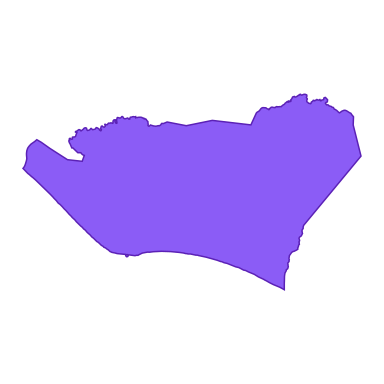 outline of Rangárþing eystra, Suðurland, Iceland
{"feature_id": "244011B21062297179388", "entity_name": "Rangárþing eystra", "entity_type": "district", "adm_level": 2, "iso_a3": "ISL", "parent_name": "Iceland", "parent_adm1": "Suðurland", "projection": "orthographic", "projection_center": [-19.715, 63.654], "detail": "fine", "context": "isolated", "style": "filled", "palette": "violet", "viewbox_px": 384, "rotation_deg": 0, "n_neighbors": 0, "source": "geoboundaries", "source_scale": "gbopen_adm2", "svg_char_len": 5966}
<svg xmlns="http://www.w3.org/2000/svg" viewBox="0 0 384 384"><path d="M303.7,225.3L361.0,156.1L353.2,125.0L353.5,116.8L353.3,116.5L351.7,114.6L350.9,113.3L349.4,112.6L346.6,110.8L345.2,110.3L344.0,110.3L341.8,111.2L339.8,112.7L339.3,112.8L338.0,111.7L336.8,110.5L335.3,109.5L334.4,109.2L334.1,108.8L333.5,107.7L333.2,107.4L332.2,107.3L331.5,106.6L331.1,106.4L329.1,105.9L328.5,105.2L327.9,104.8L326.5,104.8L325.5,103.4L325.4,103.1L326.0,102.4L327.2,102.0L327.4,101.5L327.5,100.9L327.4,100.5L327.6,100.0L327.6,99.8L326.0,98.0L325.6,97.8L325.2,97.4L324.4,97.7L323.8,98.1L323.8,99.1L323.4,99.7L321.6,100.1L321.0,100.8L320.4,100.7L320.1,99.8L319.9,99.5L319.1,100.0L318.1,100.1L316.9,99.5L316.4,100.0L315.1,100.3L314.8,100.8L314.2,100.7L313.3,100.3L312.4,101.5L311.4,102.0L310.9,103.5L310.6,103.7L308.5,103.2L308.0,102.6L306.8,101.7L306.8,100.4L306.7,100.0L307.1,99.6L307.3,99.0L307.2,98.6L306.6,98.0L306.4,97.6L306.4,97.4L306.8,96.5L306.9,95.9L306.8,95.1L306.6,94.8L306.0,94.8L305.8,94.5L305.2,94.3L303.9,94.3L301.8,95.1L301.1,95.0L300.6,94.3L300.1,94.4L299.3,94.6L299.2,95.1L298.0,95.6L297.1,96.4L296.3,96.6L295.8,97.0L294.9,97.0L294.3,96.4L292.6,97.0L292.4,97.3L291.9,98.6L290.6,100.1L290.6,100.6L291.0,100.8L290.9,101.2L290.7,101.4L289.9,101.6L289.1,101.0L288.8,100.9L288.6,101.1L288.8,102.0L288.7,102.1L288.2,102.2L287.7,102.1L287.4,101.5L287.1,101.6L285.9,102.7L285.2,103.1L284.8,103.8L283.9,104.6L283.3,104.8L281.9,105.9L281.4,106.6L281.0,106.5L280.4,106.7L279.7,106.6L278.8,106.8L277.8,106.7L277.4,106.9L276.6,106.6L276.0,106.8L275.7,107.2L274.9,107.7L274.2,107.4L273.7,107.5L272.0,107.1L271.0,107.4L270.4,108.1L269.7,108.4L269.6,108.5L269.7,108.8L269.4,109.3L268.9,109.7L268.6,109.5L268.6,109.1L267.3,108.9L266.2,108.0L265.7,107.8L262.9,107.6L261.9,107.9L260.9,108.7L259.5,110.6L258.8,111.2L257.0,112.3L256.3,113.1L250.9,124.9L212.3,120.4L186.3,125.7L167.1,122.0L163.5,123.5L161.8,123.4L161.6,123.8L161.2,124.0L160.7,124.9L159.5,125.7L158.1,125.7L155.7,126.3L155.2,126.1L153.8,126.0L150.4,125.0L149.5,126.0L149.0,126.2L148.2,125.8L148.0,125.5L148.2,124.2L148.0,123.3L147.9,121.6L146.7,120.3L146.2,119.3L145.5,119.2L145.1,118.7L144.0,118.3L143.7,118.3L143.7,118.5L143.0,117.9L142.3,117.9L141.8,117.4L140.4,117.2L138.1,117.3L137.2,117.6L136.6,117.5L135.7,117.8L135.6,116.6L134.4,116.9L133.4,116.6L132.2,116.8L131.6,117.1L130.4,117.2L129.8,118.3L129.8,119.0L129.1,119.2L128.5,118.9L127.9,118.1L127.6,118.0L125.6,118.7L124.5,118.7L123.9,118.4L123.5,118.0L123.0,117.0L122.2,116.5L121.8,116.6L120.7,117.9L119.6,118.0L117.8,117.5L117.3,117.6L117.1,117.9L117.0,118.8L116.5,119.5L116.5,119.8L116.8,121.7L116.8,122.5L117.0,122.9L116.7,123.3L116.0,123.2L115.1,121.8L115.0,121.3L115.6,120.6L115.6,120.4L115.5,120.2L115.3,119.8L114.4,119.8L113.8,120.0L113.1,120.9L113.0,121.3L113.0,122.9L112.8,123.3L112.5,123.3L110.9,122.8L110.1,123.2L108.7,123.1L108.3,123.3L107.4,124.5L107.1,124.7L106.1,124.7L105.4,124.3L104.9,124.3L104.8,124.5L104.8,124.9L105.2,125.3L105.3,125.8L105.2,126.3L104.4,127.1L103.3,127.0L102.2,126.0L101.4,126.2L101.2,126.5L100.7,128.4L100.9,129.2L101.4,129.5L101.4,129.8L101.2,130.4L100.8,130.8L99.8,130.3L99.5,130.0L99.2,129.1L98.9,128.9L97.6,128.0L96.5,127.6L96.2,127.6L95.4,128.8L94.9,129.2L92.7,129.7L91.1,128.4L90.7,128.6L89.9,129.7L88.9,130.2L87.6,130.5L87.0,130.0L86.7,128.8L86.5,128.2L85.8,127.8L85.1,127.8L84.3,128.1L83.9,128.4L83.2,129.3L81.0,130.9L80.5,130.6L80.0,129.8L79.0,129.6L78.1,130.1L77.2,130.9L75.6,131.5L75.4,132.0L75.6,132.2L76.4,132.2L76.9,132.5L76.8,132.8L76.2,134.3L75.6,136.3L75.0,136.8L74.7,136.9L72.5,137.1L72.3,137.3L72.3,137.6L72.5,138.8L72.1,139.2L71.2,139.2L70.2,138.3L69.7,138.4L69.3,138.8L69.2,139.4L69.6,140.1L68.8,140.9L69.4,142.8L70.0,143.7L71.8,147.9L72.8,147.9L77.8,152.7L80.8,152.7L81.5,153.7L82.5,154.6L83.1,155.0L84.3,155.4L82.2,161.3L67.5,159.7L49.9,148.4L41.3,142.3L36.8,139.7L34.7,141.5L31.0,144.1L29.4,145.8L28.1,147.5L27.6,148.4L26.8,150.8L26.5,153.3L26.5,155.1L26.8,158.4L26.6,159.8L26.3,161.1L25.3,164.4L24.7,165.9L24.1,167.0L23.0,168.4L27.8,173.4L29.1,174.4L31.8,176.8L32.4,177.2L35.5,179.9L50.3,194.3L53.0,197.1L54.1,198.4L56.3,200.6L58.3,203.2L59.9,204.3L62.3,206.7L64.2,208.9L65.7,210.3L68.1,213.0L69.0,214.1L71.7,216.7L72.0,217.3L74.9,219.9L76.3,221.7L80.8,226.1L82.2,227.2L83.8,229.1L84.3,229.3L85.6,230.5L86.9,232.1L88.6,233.7L89.7,234.5L92.1,237.2L93.4,238.1L96.8,241.5L98.2,242.3L99.4,243.4L101.3,245.3L103.2,246.4L103.9,247.3L105.5,247.9L107.5,249.5L108.1,249.7L110.0,251.5L112.0,252.4L115.1,253.0L117.1,253.6L125.4,254.4L125.6,254.6L125.7,255.7L126.4,256.6L126.5,256.5L125.9,255.6L125.8,255.3L125.8,254.7L126.0,254.8L127.0,254.5L128.2,254.9L128.2,255.4L128.0,255.7L127.4,256.5L127.6,256.6L128.0,256.1L128.2,255.8L128.4,255.1L128.6,254.9L129.9,255.0L135.0,255.7L136.4,255.3L138.1,255.3L138.6,254.9L142.3,253.1L147.6,252.1L149.5,252.2L153.4,251.7L161.6,251.3L170.7,251.6L179.1,252.4L183.5,253.0L185.7,253.6L187.2,253.7L188.0,254.0L190.5,254.0L195.6,255.1L197.8,255.2L198.4,255.5L206.3,257.2L217.0,260.2L220.9,261.6L221.9,261.7L224.0,262.7L227.1,263.4L235.6,266.8L238.9,267.6L243.6,270.1L245.6,270.5L248.4,271.9L254.2,274.3L258.4,276.9L264.0,279.5L264.3,279.8L266.3,280.8L269.6,282.7L273.4,284.6L279.7,287.2L284.3,289.7L284.3,283.2L284.4,281.0L284.5,276.4L284.7,274.7L285.0,273.0L286.3,270.6L286.3,269.7L287.5,268.9L288.0,267.9L288.1,267.2L288.3,266.3L288.0,265.7L288.1,264.8L287.9,264.3L287.8,263.3L287.9,262.9L288.8,261.9L289.1,261.3L289.0,260.7L289.3,259.9L289.3,259.7L289.0,258.9L289.0,258.6L289.0,257.9L289.3,256.8L289.3,255.8L291.6,252.5L292.8,251.6L294.1,251.3L296.7,250.0L297.9,249.1L297.7,247.9L298.0,247.5L298.2,246.8L298.4,246.6L298.4,246.0L298.7,245.0L299.2,244.6L299.4,244.2L299.2,243.7L299.2,242.5L299.0,242.1L299.2,241.5L299.5,241.0L299.6,240.3L299.0,238.3L299.5,237.2L301.4,235.8L302.0,234.3L302.2,234.1L302.5,233.5L302.2,232.8L302.3,232.1L302.0,231.6L302.1,230.2L302.3,229.6L302.4,229.4L303.1,228.7L303.2,226.8L303.7,225.3Z" fill="#8b5cf6" stroke="#5b21b6" stroke-width="1.5"/></svg>